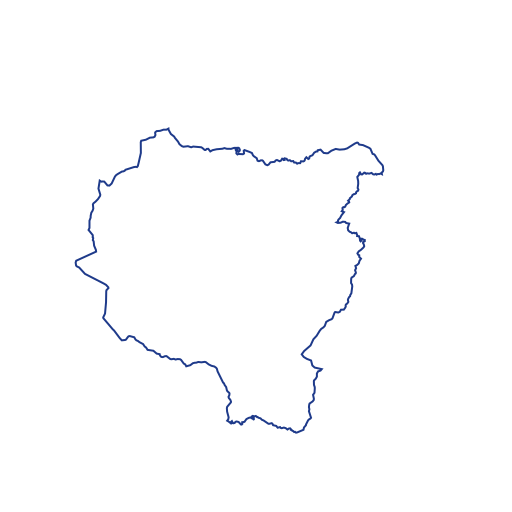 outline of Letefoho, Ermera, East Timor, rotated 49°
{"feature_id": "22284137B23883045309989", "entity_name": "Letefoho", "entity_type": "district", "adm_level": 2, "iso_a3": "TLS", "parent_name": "East Timor", "parent_adm1": "Ermera", "projection": "albers", "projection_center": [125.458, -8.838], "detail": "fine", "context": "isolated", "style": "outline", "palette": "blue", "viewbox_px": 512, "rotation_deg": 49, "n_neighbors": 0, "source": "geoboundaries", "source_scale": "gbopen_adm2", "svg_char_len": 6137}
<svg xmlns="http://www.w3.org/2000/svg" viewBox="0 0 512 512"><g transform="rotate(49 256 256)"><path d="M276.8,107.3L275.5,106.5L275.5,104.8L274.8,103.7L271.6,101.4L270.5,101.0L264.4,101.1L258.1,100.1L256.9,100.1L255.4,101.0L250.1,99.3L248.3,99.8L242.5,102.5L239.6,105.0L237.5,104.8L236.7,105.3L236.0,107.5L234.6,116.6L233.4,119.3L230.6,123.1L227.5,125.6L226.0,130.0L225.6,134.3L224.7,135.4L222.6,137.3L218.1,137.5L216.7,140.0L217.4,141.0L216.6,142.1L216.2,144.3L217.0,147.3L216.2,149.6L216.2,150.4L217.3,151.9L217.1,152.9L214.5,153.2L214.8,155.1L215.8,156.6L215.9,157.4L215.7,158.2L214.0,159.9L214.9,161.7L213.5,163.3L213.3,164.4L211.6,164.6L210.5,165.9L208.8,165.6L207.6,167.3L205.9,167.6L205.1,169.1L203.6,169.4L202.8,169.1L201.1,170.3L201.4,171.1L202.2,171.5L201.7,172.2L200.4,171.8L199.7,172.4L200.4,174.6L200.0,176.0L197.3,177.2L196.8,178.5L197.1,180.2L194.8,183.6L195.3,186.5L194.9,187.9L193.0,188.8L188.7,188.3L187.8,188.6L186.8,189.9L186.7,191.0L185.9,192.0L185.0,192.3L182.7,191.3L179.1,192.2L177.9,192.2L175.6,191.5L173.2,192.6L168.5,195.2L168.5,196.2L170.8,197.8L170.6,199.1L167.5,202.3L167.2,203.4L165.7,203.5L164.1,201.9L163.1,201.9L161.9,201.3L162.5,200.3L163.3,200.2L165.1,201.1L166.0,200.8L165.9,199.4L165.4,198.6L163.7,198.0L162.9,198.2L160.1,201.5L158.8,204.5L155.8,207.8L153.9,209.0L153.0,211.0L149.6,215.7L147.6,219.4L147.1,221.9L143.8,221.7L142.9,222.9L142.9,224.5L142.2,225.2L139.2,225.6L138.0,226.0L132.2,231.6L131.4,233.6L128.5,235.3L125.9,239.1L124.4,239.9L121.4,240.4L118.5,239.8L113.6,239.7L112.2,239.4L108.1,240.2L103.4,239.2L102.4,238.5L101.9,240.7L100.0,242.9L98.6,246.3L96.6,249.0L96.5,250.6L96.8,251.3L98.7,252.5L99.5,254.3L99.1,255.7L97.1,258.4L96.0,262.8L93.7,267.0L94.5,268.3L102.7,275.3L108.5,283.2L110.6,286.2L110.8,287.5L109.9,288.1L108.8,289.8L105.3,297.9L105.5,299.3L105.1,300.6L104.3,301.8L103.4,306.7L103.2,308.5L103.5,310.3L106.6,317.4L106.7,320.4L105.3,321.8L100.3,321.7L99.1,322.9L98.4,324.0L96.6,324.5L101.8,330.7L107.6,333.3L108.4,334.3L109.4,338.0L109.7,341.6L109.6,344.0L110.0,345.2L113.5,347.7L114.6,349.6L115.3,351.9L117.2,354.4L118.6,355.7L120.1,358.5L125.6,363.3L126.5,365.3L133.0,365.5L134.0,366.1L134.5,366.9L135.7,367.1L136.9,368.7L138.4,368.9L142.0,371.4L146.3,372.8L147.8,373.8L141.6,394.8L142.6,396.4L145.1,398.0L146.1,398.1L148.7,397.0L157.3,396.8L176.8,389.0L179.4,388.1L182.7,388.0L183.4,388.4L183.7,391.3L184.3,392.1L192.6,399.6L200.4,407.7L202.1,411.6L202.8,412.0L217.3,412.2L219.1,412.0L228.7,412.7L231.6,412.6L233.5,409.9L233.8,409.0L233.1,405.9L233.0,404.9L233.6,403.8L237.5,401.2L239.8,401.7L241.1,401.6L242.8,400.8L244.5,400.5L248.4,399.0L251.3,399.4L252.9,399.0L255.7,399.4L260.2,395.6L264.5,395.0L266.9,393.1L267.7,393.6L269.4,393.8L270.4,393.4L271.2,392.6L271.9,390.4L272.9,389.2L277.5,388.3L278.4,387.6L279.7,385.5L281.4,384.6L282.3,382.8L284.0,381.1L285.2,380.7L289.8,381.1L291.4,380.5L293.5,381.0L295.3,377.2L295.5,374.0L296.4,372.2L297.3,371.1L298.1,369.1L300.4,367.0L302.3,364.1L303.2,363.5L306.8,362.8L309.7,361.6L312.1,359.9L314.2,359.4L315.4,359.5L317.9,360.7L330.0,363.9L331.0,363.7L332.8,364.3L335.3,364.5L338.1,366.0L339.2,366.3L341.8,366.0L342.5,366.3L343.5,367.4L344.3,369.2L345.5,369.7L347.6,369.7L349.5,370.4L350.0,371.0L350.9,376.7L351.7,377.8L354.5,379.9L359.8,382.5L361.0,384.0L361.4,385.8L363.2,385.2L366.1,384.7L366.3,384.1L364.8,383.4L364.8,382.5L366.9,383.0L367.4,382.8L368.0,381.6L367.7,380.3L368.1,379.3L369.4,378.3L370.0,378.0L373.3,377.9L373.8,377.4L373.7,376.4L372.4,375.5L373.6,373.5L372.8,370.2L373.4,367.7L374.2,366.1L375.7,365.7L376.5,365.2L377.7,365.1L377.8,364.8L377.0,364.1L375.5,364.5L374.4,364.2L374.5,363.4L376.1,362.3L376.6,361.1L378.2,360.9L378.5,360.4L379.6,360.3L381.5,359.1L383.5,359.0L385.0,358.2L390.7,356.7L391.2,356.3L392.5,353.8L393.8,353.7L394.9,354.1L397.5,352.2L399.8,352.3L400.9,350.1L401.8,350.2L402.8,349.6L403.8,347.5L405.5,346.5L407.6,346.1L407.8,344.3L408.5,343.3L409.7,343.3L410.1,343.7L410.7,343.2L411.7,343.3L412.4,342.8L413.9,342.7L414.3,341.9L415.6,341.7L416.2,340.6L418.3,334.2L416.9,332.3L416.5,329.4L416.0,328.9L414.2,324.5L414.1,323.0L414.4,321.6L414.2,320.6L407.9,317.9L406.7,316.3L404.8,315.2L403.3,313.6L402.5,312.4L402.9,308.6L402.5,306.8L401.6,305.9L398.2,304.0L397.6,301.6L394.7,298.7L393.5,297.7L391.3,296.8L388.5,294.5L388.0,293.9L387.8,291.4L387.0,289.2L384.6,287.1L383.8,284.8L384.8,282.5L384.5,280.6L378.7,284.9L375.6,285.3L371.0,283.0L367.0,285.1L363.5,286.2L360.2,286.0L359.3,282.0L359.3,273.5L356.5,267.3L356.0,262.6L354.2,256.9L353.8,254.6L354.1,252.0L353.9,250.0L351.8,246.2L352.4,242.9L353.3,240.4L353.2,239.2L350.3,233.9L350.2,233.0L352.6,231.0L353.1,229.4L352.3,227.1L354.1,224.9L353.6,222.8L353.1,221.5L352.0,220.7L351.6,220.0L351.7,218.3L351.2,216.4L349.5,215.5L348.9,214.7L348.1,212.7L348.1,211.4L347.3,210.5L346.7,208.5L342.1,203.3L340.6,202.3L338.8,202.0L335.7,199.2L335.0,198.0L335.4,195.4L334.5,193.0L334.6,192.2L334.0,191.5L331.7,190.5L330.9,188.5L328.7,187.5L329.1,185.6L329.0,183.3L327.5,181.0L326.9,178.5L324.4,178.7L323.2,177.6L322.0,178.1L320.5,177.7L319.9,175.4L320.2,172.9L320.1,169.8L320.0,168.9L319.6,167.9L317.9,167.0L316.6,166.8L315.8,166.1L316.2,164.2L315.2,163.4L314.5,164.0L312.7,164.5L312.2,165.0L313.5,166.2L313.6,167.4L312.7,167.4L310.8,166.1L308.6,165.3L307.3,166.6L306.6,165.9L304.4,165.1L303.8,166.4L302.7,166.8L301.9,168.5L300.2,168.8L299.2,169.4L297.1,169.6L295.0,168.4L292.7,164.4L290.3,166.3L288.8,166.3L287.1,167.9L286.4,170.3L284.7,172.6L283.5,173.1L283.8,172.1L283.6,171.2L282.9,170.7L282.6,169.6L282.5,167.7L281.4,164.9L280.6,160.8L278.5,161.9L278.1,160.3L276.5,159.3L276.4,158.0L277.1,157.4L277.3,156.3L276.5,154.8L276.4,152.8L276.7,150.5L276.0,150.1L274.7,150.2L274.6,147.9L274.0,147.3L274.0,144.6L273.3,143.3L273.5,141.6L274.0,141.0L274.3,139.4L273.6,138.7L273.4,137.5L273.7,136.1L273.0,135.1L271.4,134.7L268.6,131.5L266.4,129.7L262.8,127.7L262.3,124.9L261.1,123.6L261.1,122.7L263.4,123.1L264.1,122.4L264.1,119.6L264.8,119.1L265.6,119.3L266.3,118.8L266.4,118.0L268.1,116.5L269.1,114.3L271.2,114.0L272.1,113.3L272.6,111.7L273.6,111.7L274.1,110.2L275.0,109.3L275.5,107.8L276.8,107.3Z" fill="none" stroke="#1e3a8a" stroke-width="2"/></g></svg>